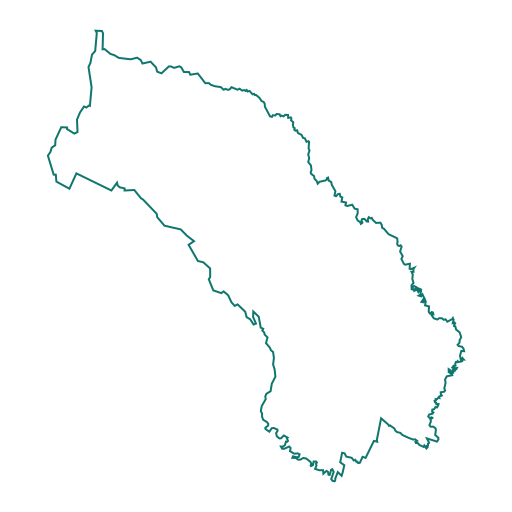 Famallá, Tucumán, Argentina (Natural Earth projection)
{"feature_id": "61730980B2044576725385", "entity_name": "Famallá", "entity_type": "district", "adm_level": 2, "iso_a3": "ARG", "parent_name": "Argentina", "parent_adm1": "Tucumán", "projection": "natural_earth1", "projection_center": [-65.4, -26.978], "detail": "fine", "context": "isolated", "style": "outline", "palette": "teal", "viewbox_px": 512, "rotation_deg": 0, "n_neighbors": 0, "source": "geoboundaries", "source_scale": "gbopen_adm2", "svg_char_len": 6044}
<svg xmlns="http://www.w3.org/2000/svg" viewBox="0 0 512 512"><path d="M56.4,181.6L69.4,188.7L76.4,173.4L111.4,190.5L117.0,182.7L117.6,185.4L119.7,187.3L124.6,188.4L124.6,190.5L134.3,190.0L141.0,198.3L143.0,199.5L156.7,213.8L157.3,217.3L164.5,225.7L180.7,229.4L186.8,235.6L194.0,241.2L188.6,244.8L197.9,261.0L203.3,262.3L210.1,268.4L210.2,277.1L208.8,279.3L213.3,290.4L221.3,293.1L223.6,291.4L228.2,295.3L231.4,302.2L234.7,305.9L237.6,304.4L245.2,311.7L246.6,317.1L250.2,319.3L253.6,324.5L256.0,323.6L253.1,317.0L253.3,311.5L258.7,316.7L260.7,327.6L263.2,328.8L262.3,330.5L264.3,332.6L264.6,334.5L267.5,337.4L266.0,343.1L269.9,347.7L270.9,350.2L273.1,352.0L273.9,358.0L273.1,364.5L274.6,369.4L275.4,376.7L271.8,383.7L270.6,391.2L266.4,393.8L265.3,396.3L265.7,399.2L261.7,406.1L260.8,411.1L262.0,413.3L262.1,416.9L263.2,419.8L266.9,422.0L268.3,423.9L268.1,425.6L265.3,427.8L265.4,428.9L269.3,431.7L271.8,428.2L273.8,428.0L277.3,429.5L277.6,430.8L276.1,433.1L276.8,436.3L279.3,438.4L281.1,438.3L283.8,435.5L287.6,437.6L286.9,438.3L288.0,440.9L287.1,441.8L285.9,441.6L285.0,445.0L282.9,446.6L280.9,446.5L282.1,448.7L284.2,448.8L289.2,446.5L290.6,448.0L290.0,451.2L294.3,453.7L297.8,453.4L299.6,454.3L298.7,456.9L297.0,457.3L293.0,456.3L292.4,457.9L295.7,457.9L298.2,459.7L300.4,459.6L303.2,458.0L306.2,458.5L310.4,461.9L311.4,463.8L310.6,465.5L311.0,466.1L313.0,465.1L313.6,461.5L316.1,461.5L316.9,462.6L316.0,463.7L316.5,465.5L315.1,468.9L319.2,470.2L323.1,470.2L323.4,473.7L326.5,470.9L327.9,471.7L328.5,474.7L329.7,474.9L331.1,469.8L332.3,469.2L333.7,471.9L331.2,479.1L332.5,480.8L334.4,481.3L335.1,480.8L335.4,478.2L337.8,472.1L341.6,475.8L342.7,472.3L344.3,465.2L340.2,462.3L342.1,452.8L344.5,453.3L346.3,456.6L351.7,457.8L353.8,460.5L355.3,459.8L356.3,461.7L357.5,461.7L357.6,462.7L358.8,463.1L359.9,462.7L362.6,456.8L365.6,457.9L373.9,440.9L377.2,441.7L376.8,440.1L381.1,418.3L388.2,424.5L389.0,425.9L390.0,425.4L394.5,428.6L395.2,430.5L397.1,432.1L400.4,432.9L402.4,435.0L408.7,437.9L413.3,439.6L415.1,439.3L417.1,440.9L415.4,441.8L415.9,443.0L417.6,443.0L419.4,445.0L423.6,446.9L424.3,445.5L426.4,448.5L427.7,447.0L426.9,445.8L428.0,445.3L428.0,443.8L429.1,442.8L426.9,438.4L437.0,441.6L438.4,439.5L438.3,437.7L435.2,435.0L435.9,430.0L435.4,428.1L433.0,426.6L430.6,426.7L429.4,425.2L430.9,421.4L430.5,419.5L432.4,417.9L431.6,417.3L429.7,418.1L428.2,416.4L429.2,414.5L432.5,413.7L433.4,412.4L432.1,411.7L432.3,409.6L434.3,409.1L435.4,407.1L437.1,407.4L438.4,404.8L438.5,404.0L436.3,404.2L436.2,402.8L434.8,402.1L434.6,400.8L435.8,400.4L435.6,399.1L437.1,399.0L438.4,397.6L439.4,398.0L439.2,396.5L441.8,395.5L440.9,394.4L440.7,392.3L444.2,391.7L445.1,390.5L444.3,388.4L445.6,382.7L445.0,379.7L446.8,376.3L452.2,375.2L451.7,374.0L448.7,372.1L448.7,369.2L450.6,370.6L450.7,372.2L451.7,371.7L451.4,373.0L453.2,372.8L452.9,370.2L454.7,370.9L455.3,369.3L456.3,369.2L456.9,368.0L453.9,368.5L452.3,367.5L453.4,366.0L454.4,366.8L454.6,365.7L455.5,365.6L455.2,363.8L455.9,362.0L457.0,362.2L457.6,361.1L458.6,362.1L462.2,361.2L462.4,359.6L463.8,359.6L462.5,358.1L462.0,359.6L460.8,359.6L460.0,355.8L461.3,351.0L464.1,351.2L463.5,348.7L462.1,346.8L458.7,346.0L457.6,344.8L459.5,342.7L459.7,340.0L461.2,337.2L459.6,332.3L456.1,329.6L455.3,326.3L454.1,326.1L454.1,324.7L455.2,323.3L454.4,322.4L452.8,323.0L453.6,319.8L452.9,318.0L452.2,319.1L447.3,321.7L445.6,319.3L443.7,319.8L442.0,318.3L439.1,318.2L437.3,319.5L433.8,318.3L431.3,314.7L431.6,313.4L432.2,314.4L433.4,314.4L432.9,312.5L432.0,312.1L429.7,313.3L428.7,311.7L429.0,306.4L425.1,305.4L425.7,301.5L425.1,299.9L423.5,302.3L421.5,301.9L424.2,298.0L422.5,294.4L421.1,296.4L418.7,295.6L420.5,294.4L421.1,290.0L420.4,289.9L418.4,292.2L417.2,290.1L420.1,289.9L420.4,289.2L417.0,287.8L415.9,290.0L414.2,290.9L413.9,289.8L415.7,288.4L416.1,287.0L414.0,286.0L412.8,287.1L412.6,289.5L411.7,289.2L411.5,285.3L413.5,283.0L412.3,278.8L412.8,274.6L411.5,271.8L413.5,271.8L413.3,269.2L414.3,267.7L411.0,269.1L409.6,268.8L409.9,263.7L405.1,264.7L403.8,263.7L401.4,259.0L402.7,256.1L400.1,251.6L401.6,246.6L400.6,245.3L399.2,246.0L397.7,245.3L397.1,243.3L397.6,242.0L397.2,238.3L388.6,234.2L383.8,228.6L382.2,227.9L381.7,224.8L380.4,222.7L376.0,222.9L372.7,219.8L371.7,217.9L370.4,218.4L368.8,217.2L367.8,219.2L368.1,221.6L366.8,221.5L364.4,218.9L362.2,219.0L361.5,220.4L362.4,222.7L360.9,223.9L360.1,222.1L357.7,220.5L356.1,217.2L357.7,213.4L357.6,209.3L354.7,208.7L352.2,204.7L347.2,206.0L345.4,205.3L346.0,202.5L341.5,201.6L342.3,197.4L340.4,196.6L339.7,193.8L337.8,194.2L336.1,196.2L334.5,195.6L335.4,191.2L331.8,184.9L331.2,182.0L328.6,180.5L328.1,177.6L326.9,178.1L326.9,179.2L325.7,180.4L319.5,181.8L317.7,183.7L316.7,181.0L314.5,178.8L314.1,176.1L311.0,173.7L310.7,172.2L311.5,170.0L310.9,165.4L308.2,162.0L309.2,158.2L308.2,154.4L309.5,150.6L308.6,148.3L309.1,141.9L308.5,141.2L306.5,141.8L304.9,138.4L303.1,137.9L301.5,134.8L297.9,133.0L297.1,130.3L295.6,130.7L294.3,129.8L294.7,128.2L293.4,127.3L292.9,124.7L293.3,122.2L291.1,120.4L291.4,118.5L290.8,117.4L288.2,117.9L288.0,115.0L285.1,114.8L283.6,116.4L281.5,115.6L280.5,116.2L279.6,114.3L276.6,114.0L275.2,115.5L272.9,115.2L271.9,116.9L270.0,116.3L264.9,106.7L264.7,103.8L263.7,102.0L261.5,101.0L259.5,97.9L256.1,95.0L254.9,95.1L254.2,93.9L252.6,94.3L249.5,90.9L247.5,91.5L246.7,90.0L245.5,90.9L244.6,90.1L242.2,90.6L239.6,88.7L237.5,89.7L231.5,87.2L229.7,89.4L227.8,89.8L225.4,88.9L223.6,89.7L220.8,87.1L214.7,86.2L210.6,84.7L208.9,83.1L205.3,83.2L197.8,73.5L190.3,74.7L189.1,72.1L183.9,72.0L181.2,67.3L179.3,66.3L174.0,67.9L171.2,66.5L168.9,66.4L161.5,73.3L157.2,71.7L156.0,67.4L150.6,61.7L142.5,63.5L140.7,60.0L137.2,57.7L130.6,59.3L118.8,57.9L114.4,55.2L110.4,53.9L104.6,49.1L102.6,49.3L103.0,33.2L101.9,31.0L95.7,30.7L96.8,33.0L95.2,51.0L92.0,54.6L90.4,63.0L88.5,67.0L91.6,87.3L89.9,105.8L89.0,105.5L86.4,107.5L84.0,106.5L80.1,112.3L77.0,119.6L77.5,132.1L74.3,133.6L67.0,129.0L67.1,127.5L61.3,127.2L55.5,139.7L55.2,145.3L51.7,147.6L50.5,151.8L47.9,155.7L53.7,174.7L55.8,174.7L56.4,181.6Z" fill="none" stroke="#0f766e" stroke-width="2"/></svg>